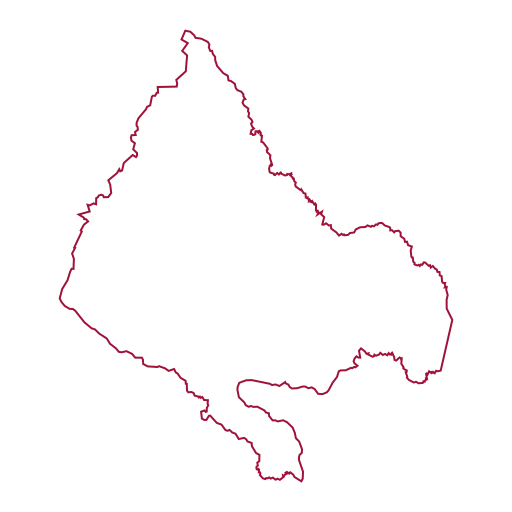 outline of Fuente De Oro, Meta, Colombia
{"feature_id": "7082276B73436966556792", "entity_name": "Fuente De Oro", "entity_type": "district", "adm_level": 2, "iso_a3": "COL", "parent_name": "Colombia", "parent_adm1": "Meta", "projection": "natural_earth1", "projection_center": [-73.571, 3.391], "detail": "fine", "context": "isolated", "style": "outline", "palette": "rose", "viewbox_px": 512, "rotation_deg": 0, "n_neighbors": 0, "source": "geoboundaries", "source_scale": "gbopen_adm2", "svg_char_len": 6052}
<svg xmlns="http://www.w3.org/2000/svg" viewBox="0 0 512 512"><path d="M452.3,319.9L446.7,308.6L446.6,299.8L447.7,295.1L446.2,289.6L446.7,287.1L444.8,287.4L445.4,286.1L444.6,284.0L445.1,283.0L442.9,282.8L442.1,281.7L441.6,276.1L439.8,275.4L439.5,272.0L437.4,271.9L436.7,269.4L435.4,269.0L432.8,266.0L430.8,267.5L430.0,265.2L428.9,265.9L424.9,262.4L423.7,262.4L422.3,264.8L421.0,264.4L419.8,266.0L418.8,264.8L417.5,265.5L414.5,264.4L414.6,262.9L413.3,261.8L412.8,257.5L411.7,257.4L411.3,256.2L410.7,250.6L411.8,246.5L408.1,245.2L407.0,241.7L405.0,241.9L404.3,238.8L400.7,236.3L400.6,232.6L398.7,230.7L395.3,231.1L394.2,232.4L392.0,230.2L390.3,230.4L390.2,227.9L389.5,227.1L384.8,225.5L382.1,223.0L380.3,223.0L378.3,223.4L377.5,224.8L376.0,224.4L373.9,226.3L372.0,225.8L370.9,226.8L367.5,225.4L365.4,227.0L360.1,227.3L355.8,229.4L354.1,232.5L350.0,233.0L348.0,234.9L344.3,235.3L343.9,234.4L342.6,234.8L341.5,233.8L339.0,235.6L336.5,232.5L331.2,228.6L330.8,225.1L328.9,225.5L326.1,223.3L323.7,224.7L322.3,224.5L324.2,217.1L321.1,214.2L321.9,211.7L317.6,214.5L318.6,212.4L318.2,211.5L317.1,211.8L317.4,210.6L315.9,210.5L316.1,204.7L315.4,204.8L315.1,203.6L314.2,204.3L312.4,201.4L312.0,202.3L311.2,202.1L311.2,201.1L309.9,201.3L310.4,200.8L309.5,199.4L308.8,200.3L308.6,199.0L307.3,198.3L307.6,197.4L305.8,197.5L305.5,193.6L303.6,193.1L301.4,189.6L301.2,190.3L300.2,189.8L295.6,186.4L295.2,184.3L295.8,182.6L294.3,181.3L293.8,178.6L292.8,178.6L292.7,177.4L291.6,176.8L290.8,175.5L291.2,174.9L290.4,175.0L290.9,173.5L289.1,174.3L287.3,173.9L287.0,175.0L285.1,175.5L280.7,173.4L281.1,171.8L278.9,174.5L277.2,173.0L275.0,175.1L274.0,174.7L273.9,173.7L269.8,172.4L269.1,169.2L269.6,166.2L270.7,164.6L271.5,165.7L272.2,165.0L270.0,158.2L270.4,155.2L267.0,152.0L266.8,150.0L267.6,149.7L267.7,148.5L263.2,142.5L261.3,141.7L262.0,135.7L260.7,135.3L260.8,132.9L259.4,130.8L258.4,131.2L258.4,132.7L256.7,131.2L255.5,131.3L255.3,134.2L254.3,134.8L252.9,135.0L252.2,133.9L250.6,133.8L251.4,130.2L254.0,128.5L252.3,126.8L251.0,123.7L252.5,122.0L251.6,119.8L248.4,116.7L249.1,113.1L248.0,111.3L248.3,108.5L244.0,105.4L242.5,102.7L243.7,99.5L245.3,99.1L243.3,96.2L243.4,94.3L241.3,91.7L237.3,90.1L235.7,87.9L234.9,83.9L231.1,81.1L228.5,80.4L227.8,75.8L223.3,73.2L217.1,66.0L215.2,60.1L215.1,56.8L212.8,53.9L212.1,50.9L210.2,50.9L208.8,47.2L209.4,44.6L207.9,42.0L201.4,38.7L195.5,37.8L194.2,35.3L190.3,31.7L185.3,30.7L181.5,39.5L187.8,43.1L182.2,50.9L187.1,55.4L185.8,71.3L176.3,79.9L177.2,83.6L176.7,86.6L157.7,87.0L158.1,92.7L156.7,92.8L155.2,95.8L153.0,95.7L151.9,96.6L150.2,105.3L147.1,106.8L145.9,109.4L138.4,118.3L136.6,122.9L136.6,125.8L137.5,126.7L137.9,129.8L135.0,132.0L135.7,135.0L131.6,135.2L130.9,137.5L131.5,140.7L134.9,143.2L133.2,149.3L137.0,153.0L137.1,155.5L136.0,157.1L132.7,155.0L123.8,163.0L122.1,170.5L120.2,171.3L119.3,169.2L116.8,173.3L108.3,180.3L110.2,184.6L111.2,193.0L108.2,197.1L103.8,197.2L103.1,195.5L101.4,194.7L98.7,195.6L97.8,197.3L96.2,198.1L96.1,204.3L93.6,203.4L89.7,205.4L87.6,204.8L89.7,211.5L78.7,214.5L83.8,217.6L84.2,219.1L86.0,219.2L88.1,221.4L84.0,224.6L80.7,230.5L81.8,231.5L74.2,247.6L75.1,247.9L72.1,253.5L73.9,258.9L73.5,268.9L71.7,268.7L70.2,271.6L67.5,280.3L62.2,289.0L59.7,298.3L61.4,301.9L64.7,305.9L69.5,308.8L72.9,309.0L75.2,310.7L84.4,322.3L91.7,328.4L94.8,329.3L99.5,333.8L106.8,338.5L110.0,343.8L116.0,348.4L118.8,351.8L121.5,352.3L126.5,351.2L132.1,353.9L135.2,357.7L141.9,357.7L142.9,359.5L143.2,364.0L147.7,366.4L157.4,367.0L159.1,366.2L165.2,368.4L168.6,370.9L174.1,369.0L175.8,372.5L177.6,373.5L180.5,377.8L185.6,380.8L185.8,383.7L186.8,383.8L187.0,390.6L188.3,392.3L191.4,392.0L193.7,393.1L194.6,395.6L198.1,396.5L198.9,397.5L199.9,396.6L200.7,397.8L202.3,397.0L204.1,400.0L207.9,400.2L207.6,403.5L208.2,405.3L206.8,408.0L206.7,411.5L205.7,411.9L204.5,410.5L201.1,411.7L201.9,418.6L204.4,420.0L206.4,419.9L208.9,415.8L210.2,415.6L216.8,422.9L221.5,424.6L225.4,430.0L227.5,430.8L229.5,429.9L232.1,432.4L235.5,433.7L238.7,439.0L244.2,437.9L246.3,439.4L247.5,441.5L251.6,442.9L251.9,446.2L256.1,453.1L259.4,454.8L259.3,461.1L257.3,462.7L257.8,465.6L256.4,467.0L256.6,469.0L257.2,469.6L258.5,468.9L259.1,469.7L258.8,472.3L259.9,472.3L260.4,473.3L259.9,475.0L262.8,478.3L265.4,479.1L266.1,478.1L267.6,478.3L269.1,477.4L270.7,478.6L272.8,477.6L275.6,479.7L277.4,478.7L279.9,479.8L283.3,477.1L283.0,475.4L284.1,476.1L285.0,474.5L286.6,473.8L285.6,472.7L286.9,471.9L289.2,473.6L290.2,472.3L293.2,474.6L294.4,476.9L301.3,481.3L302.7,478.8L303.0,471.7L299.0,460.0L299.0,457.2L299.6,454.9L301.8,452.9L302.0,449.2L299.2,441.6L295.9,438.2L294.8,432.8L292.6,427.5L286.9,422.1L283.1,420.3L277.7,421.4L275.2,420.3L272.6,420.4L269.0,415.9L268.9,413.3L265.9,412.5L264.4,410.4L257.3,406.7L253.4,406.9L250.8,406.0L248.9,406.8L245.7,405.2L244.4,402.5L238.9,397.2L237.4,389.7L237.7,386.7L239.3,382.8L246.1,380.3L251.8,380.1L269.9,383.8L271.9,385.0L275.7,384.5L279.4,386.0L285.2,382.1L285.6,383.3L288.4,384.6L289.7,387.0L292.0,388.5L297.1,388.2L302.8,386.5L305.4,386.6L308.3,388.2L311.7,387.4L314.7,389.1L318.1,393.8L322.5,394.1L326.7,392.4L328.6,390.3L332.7,382.6L337.0,377.0L338.8,371.3L340.5,370.4L345.8,370.3L351.0,367.8L352.4,368.2L354.1,366.9L355.4,367.3L357.5,365.7L354.5,363.3L353.6,361.3L354.6,358.5L356.4,356.3L358.3,357.6L360.2,357.6L359.0,350.7L361.0,348.4L364.8,351.3L366.5,353.8L368.5,353.3L368.2,354.5L372.7,356.8L374.0,356.2L374.4,354.7L376.0,355.7L379.1,354.5L380.3,352.8L382.9,355.0L385.1,353.9L387.2,355.3L388.7,353.1L389.9,354.6L391.2,354.7L391.5,353.2L392.1,352.7L394.2,357.1L394.5,359.9L396.1,360.6L399.5,357.5L401.0,358.1L401.1,359.0L401.7,358.7L401.3,363.8L403.6,367.2L403.2,368.0L403.8,368.9L406.8,370.5L406.6,371.9L405.7,372.2L407.3,376.7L406.9,377.7L409.0,380.0L413.8,382.5L416.1,381.8L418.5,383.3L422.8,382.9L423.5,381.3L424.7,381.7L425.0,380.5L426.2,379.8L426.0,378.6L427.0,378.9L426.1,373.8L426.6,373.4L427.6,374.5L429.1,371.3L431.1,372.9L431.4,372.0L432.8,372.4L433.1,373.6L433.4,372.1L434.7,373.2L436.1,370.8L437.5,371.3L440.7,370.6L452.3,319.9Z" fill="none" stroke="#9f1239" stroke-width="2"/></svg>